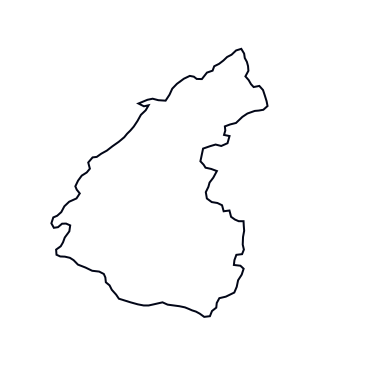 Pirapetinga, Minas Gerais, Brazil (Equal Earth projection), rotated 43°
{"feature_id": "56859067B36322566959360", "entity_name": "Pirapetinga", "entity_type": "district", "adm_level": 2, "iso_a3": "BRA", "parent_name": "Brazil", "parent_adm1": "Minas Gerais", "projection": "equal_earth", "projection_center": [-42.367, -21.664], "detail": "fine", "context": "isolated", "style": "outline", "palette": "ink", "viewbox_px": 384, "rotation_deg": 43, "n_neighbors": 0, "source": "geoboundaries", "source_scale": "gbopen_adm2", "svg_char_len": 2097}
<svg xmlns="http://www.w3.org/2000/svg" viewBox="0 0 384 384"><g transform="rotate(43 192 192)"><path d="M158.1,322.9L165.6,319.9L172.7,317.7L178.4,313.5L183.4,312.1L186.9,313.6L190.6,316.8L195.4,316.5L200.0,318.2L206.5,318.8L211.3,319.9L222.3,314.6L229.0,311.1L234.1,307.9L237.7,304.5L240.4,300.6L245.7,292.8L251.0,291.0L260.7,284.1L265.5,281.2L269.4,279.7L272.8,278.5L276.4,276.8L280.6,275.7L286.1,275.0L289.8,270.6L287.8,265.4L288.6,260.0L285.8,256.3L284.4,251.0L288.1,245.5L291.5,236.7L289.4,230.9L285.9,225.1L284.7,218.5L282.1,212.9L277.7,212.9L272.4,216.8L269.5,212.9L267.3,207.7L271.0,203.3L269.2,198.7L265.0,195.9L260.0,190.1L256.6,184.8L252.7,181.2L249.6,178.2L246.1,181.5L242.1,182.9L237.5,183.5L232.0,180.0L228.3,184.5L223.0,181.2L218.1,182.7L213.3,185.9L207.3,186.6L202.2,182.7L200.5,177.1L198.4,173.1L197.8,167.0L195.9,159.7L190.2,162.1L185.3,165.0L181.9,164.1L177.2,163.8L170.5,152.7L174.0,146.1L176.9,141.2L182.0,138.4L184.7,132.1L181.3,125.5L176.5,128.4L174.4,124.3L171.3,121.6L173.8,116.6L177.1,111.5L177.6,102.8L179.0,96.8L182.6,89.9L185.3,86.9L188.1,83.2L188.6,77.6L184.6,74.7L179.7,71.9L174.4,69.0L168.9,68.5L165.5,73.2L161.6,72.9L157.1,71.5L152.2,71.0L150.6,64.9L147.1,61.7L143.4,59.4L139.2,58.0L135.7,55.2L130.4,53.7L127.7,58.4L127.3,64.6L125.6,69.3L125.3,74.4L124.4,79.8L122.5,84.9L124.3,89.2L121.5,94.5L122.2,102.7L118.3,106.1L114.7,106.4L111.2,108.6L108.8,114.7L107.2,123.2L107.1,129.9L109.2,136.2L110.4,143.2L104.8,147.8L99.6,150.6L96.5,155.0L94.5,159.4L92.5,163.8L98.4,162.1L101.1,158.2L102.4,163.8L102.0,170.4L103.7,177.3L104.8,183.9L105.0,189.1L104.8,193.6L105.1,198.1L104.2,205.3L102.6,212.9L101.5,219.8L99.5,225.9L98.4,231.3L95.7,234.5L96.0,241.2L101.4,244.6L101.7,249.5L100.2,255.2L100.9,261.3L102.8,267.4L106.1,268.9L110.9,269.6L111.9,275.5L108.8,282.9L108.4,289.5L110.1,295.8L109.6,301.3L107.9,305.2L110.5,310.8L115.4,312.4L118.0,309.1L118.6,303.8L121.4,301.0L125.7,299.5L129.1,304.4L130.0,312.1L132.0,316.8L133.0,321.2L131.9,326.8L135.7,330.3L139.6,329.0L143.1,326.0L147.6,323.4L151.9,322.6L158.1,322.9Z" fill="none" stroke="#020617" stroke-width="2"/></g></svg>